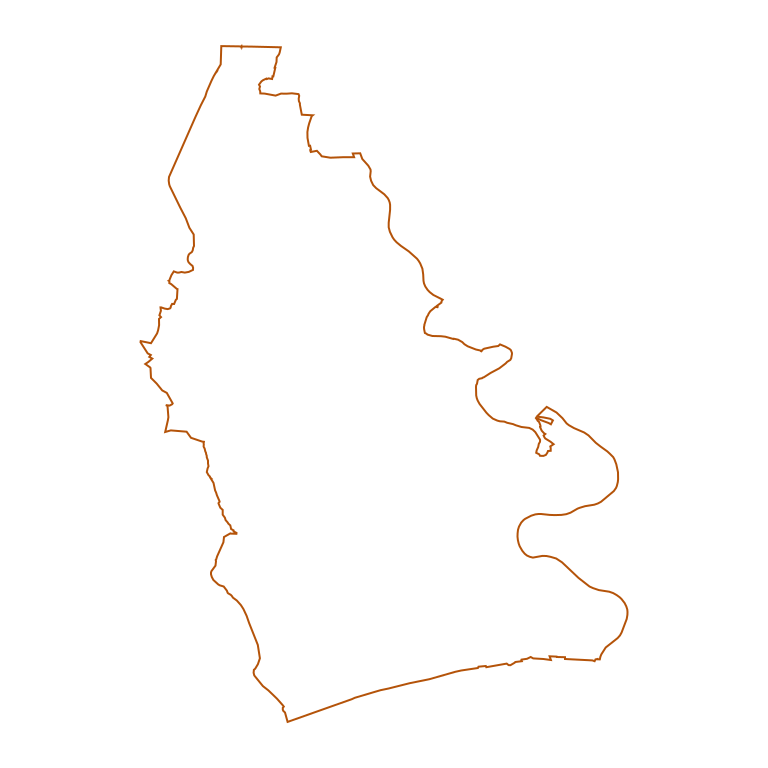 Voorst, Gelderland, Netherlands (Equal Earth projection)
{"feature_id": "6326949B12732314693238", "entity_name": "Voorst", "entity_type": "district", "adm_level": 2, "iso_a3": "NLD", "parent_name": "Netherlands", "parent_adm1": "Gelderland", "projection": "equal_earth", "projection_center": [6.089, 52.237], "detail": "fine", "context": "isolated", "style": "outline", "palette": "amber", "viewbox_px": 768, "rotation_deg": 0, "n_neighbors": 0, "source": "geoboundaries", "source_scale": "gbopen_adm2", "svg_char_len": 6082}
<svg xmlns="http://www.w3.org/2000/svg" viewBox="0 0 768 768"><path d="M360.2,153.3L352.8,153.5L354.1,157.2L343.2,157.2L330.3,157.7L321.7,156.3L320.3,154.4L316.9,150.8L310.8,152.0L310.3,150.7L310.3,149.9L311.0,149.7L310.1,145.7L308.9,145.8L307.5,137.9L307.4,132.0L308.1,127.5L309.2,123.3L311.7,116.1L312.7,115.3L301.8,114.7L299.9,104.8L299.9,103.3L298.9,101.1L298.7,98.7L299.2,95.8L298.5,94.1L291.9,93.3L286.4,93.7L281.0,93.6L275.6,95.6L264.7,93.6L260.3,93.4L260.2,91.3L259.3,89.0L260.0,86.5L259.0,84.7L259.2,84.4L261.4,81.4L263.0,80.2L266.4,78.6L266.8,79.1L268.5,78.4L272.1,79.0L272.5,76.3L273.3,76.4L275.3,67.8L274.6,67.7L276.5,62.0L276.7,57.4L279.0,54.4L279.7,52.4L280.8,47.3L251.3,46.6L241.9,46.5L241.8,46.8L241.6,46.1L241.1,46.7L241.0,46.4L221.3,46.1L220.7,64.4L216.1,72.1L216.5,72.0L216.3,72.3L215.6,73.0L213.8,76.0L211.5,80.7L206.8,91.5L205.3,96.5L200.8,105.3L195.5,116.8L169.0,177.0L168.7,180.7L169.2,184.3L169.8,186.2L180.2,207.5L185.8,218.3L189.4,227.8L193.7,234.5L194.0,246.0L193.2,247.7L192.7,250.4L191.8,252.1L189.5,253.7L188.6,254.9L187.9,257.1L187.7,259.2L187.9,260.7L188.6,262.3L190.4,264.2L192.5,265.9L193.1,267.8L193.0,269.9L188.8,271.9L184.8,272.6L181.4,272.0L178.9,272.6L177.2,272.6L173.8,271.4L171.4,275.2L169.2,280.6L168.8,280.8L169.4,281.2L169.3,283.1L171.2,284.1L176.8,288.9L177.5,289.1L176.9,298.9L175.8,299.9L174.1,304.0L172.1,303.9L170.9,306.1L170.6,307.7L170.0,308.4L167.7,309.1L164.7,308.6L161.2,307.4L160.5,307.4L160.9,310.8L159.4,315.3L161.0,317.1L159.0,318.9L159.1,325.2L158.1,330.3L157.1,333.4L151.0,343.2L140.7,341.1L140.5,342.2L147.7,353.4L150.8,355.0L149.3,356.9L152.3,358.6L148.4,361.9L145.3,364.0L150.1,367.4L150.5,368.0L151.0,377.9L156.7,383.6L162.2,390.4L166.8,392.9L172.7,403.4L172.2,404.2L169.6,405.6L165.8,405.1L167.5,405.9L168.4,417.2L167.9,420.2L165.2,432.0L170.8,430.4L186.6,431.7L191.0,437.8L202.2,441.6L203.9,441.8L203.6,443.5L203.8,444.6L203.6,446.3L203.9,447.3L204.6,448.4L205.3,451.4L206.0,452.9L206.1,454.0L206.7,455.7L206.8,457.4L208.0,460.6L208.0,463.5L208.5,466.2L207.6,468.4L206.8,472.1L208.6,475.3L209.8,476.4L210.4,477.7L210.9,478.2L210.6,478.2L213.5,482.9L215.1,490.4L216.1,492.6L216.9,495.2L219.5,501.2L219.6,501.8L218.6,502.9L218.5,503.4L220.3,507.7L222.7,509.9L222.7,514.7L224.9,517.7L225.6,520.1L227.7,522.5L228.3,523.6L230.3,525.4L231.1,529.0L233.6,530.4L233.6,531.4L236.5,532.9L236.4,533.8L230.6,533.6L230.3,533.4L224.0,537.0L223.4,542.3L217.1,556.4L216.2,559.4L215.7,560.0L216.0,561.2L215.5,565.6L211.4,571.2L211.0,572.6L211.0,574.3L211.8,577.0L213.4,580.0L218.2,584.4L219.7,585.3L223.7,586.5L226.9,590.7L227.6,592.7L228.1,593.3L230.7,594.8L231.7,595.8L233.0,597.7L236.8,600.5L240.9,605.1L243.4,609.0L246.6,615.8L249.1,623.0L257.8,644.9L259.9,658.3L257.9,664.2L255.2,668.7L253.9,669.8L253.6,672.8L254.3,675.5L262.9,686.1L268.4,690.4L276.9,698.6L283.0,705.5L283.8,706.6L282.8,707.8L282.8,709.7L283.3,710.9L285.0,712.5L287.6,721.9L352.0,699.1L354.8,697.8L374.0,692.1L380.5,690.2L388.6,688.5L409.7,683.2L429.4,679.2L455.3,671.8L461.2,670.5L477.9,668.0L478.5,666.7L485.8,666.0L486.3,667.2L506.7,663.6L508.6,665.1L510.4,665.2L514.7,662.7L515.3,662.0L521.8,661.2L521.3,660.1L521.5,659.6L527.0,658.8L530.7,657.0L533.2,658.4L543.4,659.0L550.9,660.0L549.6,656.3L556.6,656.6L556.7,657.0L565.0,657.2L565.0,659.0L592.4,660.4L594.6,661.2L595.5,659.4L597.3,659.0L597.3,659.3L599.8,659.4L600.4,656.7L601.3,654.4L605.7,647.5L617.6,638.1L620.0,635.4L621.6,632.5L626.7,619.0L627.4,614.9L627.5,612.0L627.3,609.6L626.3,606.4L624.6,603.0L621.5,599.0L619.6,597.2L616.7,595.1L613.2,593.1L609.2,591.7L598.9,590.1L593.0,588.1L589.5,586.5L578.5,577.9L562.0,562.3L556.2,558.5L550.4,556.8L546.4,556.0L542.4,555.9L532.9,557.6L529.8,556.8L526.9,555.5L524.7,553.7L522.3,550.8L519.7,546.3L518.7,543.6L517.9,540.2L517.5,536.7L517.6,533.4L518.0,529.8L519.0,526.6L521.2,522.6L523.6,520.0L525.2,518.8L531.2,515.7L535.3,514.4L538.5,514.0L541.1,514.0L549.6,514.9L554.8,515.1L561.4,514.9L566.2,514.2L570.5,512.7L577.6,508.6L579.7,507.8L585.0,506.2L594.3,504.7L597.8,503.5L601.0,501.8L613.8,491.1L616.0,488.0L616.8,486.1L617.8,482.1L618.1,479.3L618.0,472.3L616.3,464.3L614.5,459.5L613.2,457.1L609.9,453.8L607.3,451.4L600.5,446.5L595.8,442.8L588.5,435.4L584.2,432.5L574.0,428.1L568.9,425.2L566.6,423.4L562.5,418.2L556.5,412.5L546.7,406.9L537.4,416.0L539.2,416.9L543.4,417.4L550.3,418.8L552.9,420.4L550.9,424.3L548.6,423.0L540.8,420.1L536.2,417.7L535.9,418.1L537.0,419.5L537.6,420.7L539.1,422.0L540.4,425.4L540.5,426.5L540.0,426.7L540.0,426.9L541.7,430.7L544.0,433.2L545.3,434.0L543.6,435.5L544.5,437.4L545.3,438.5L550.5,441.7L553.6,444.2L550.3,446.4L550.7,448.0L550.7,450.8L548.0,451.0L547.4,452.6L545.9,454.9L543.4,455.9L540.0,455.8L539.2,454.3L536.2,452.8L536.7,450.3L538.2,447.0L538.8,443.9L540.0,441.8L540.1,440.1L539.9,439.4L535.3,432.1L532.7,429.6L529.2,427.9L521.5,427.0L515.9,425.3L513.0,424.1L507.2,422.8L504.3,421.6L499.9,421.3L497.3,420.6L492.8,418.6L488.7,415.1L486.4,412.7L479.6,404.0L477.7,400.6L476.8,398.2L476.2,395.5L476.0,386.9L476.2,385.1L477.0,383.8L477.7,380.0L479.2,378.8L482.1,378.2L482.6,377.7L483.8,377.3L490.5,373.0L499.3,368.3L505.7,363.4L507.1,361.9L510.3,359.9L511.2,358.3L512.0,353.8L511.9,352.7L510.9,350.2L509.6,349.0L505.5,346.7L500.0,344.4L498.3,346.0L493.3,346.7L484.2,348.7L482.6,349.7L481.4,351.3L480.9,351.1L480.8,350.6L475.9,349.5L467.7,346.3L464.4,344.2L462.3,342.1L458.1,339.7L453.7,338.7L453.4,339.0L445.3,336.7L440.9,336.2L432.4,336.0L427.5,334.6L426.3,333.6L424.9,333.0L424.1,329.1L424.0,327.1L424.4,325.3L424.3,325.0L426.7,317.2L428.0,315.2L428.6,313.7L430.3,311.2L435.5,306.9L437.5,307.2L437.7,306.8L437.0,305.8L441.4,302.6L441.5,301.3L442.7,299.7L433.4,295.0L429.7,292.1L427.6,289.9L425.3,286.5L424.0,283.4L423.5,280.8L423.2,274.5L422.4,268.7L420.2,263.4L418.6,260.8L417.0,258.7L408.8,251.4L400.8,245.8L396.6,242.3L394.2,239.7L392.6,237.4L389.9,231.8L388.7,227.3L388.7,222.8L390.1,209.8L390.1,204.8L389.7,202.5L388.9,200.3L387.8,198.2L384.3,194.3L376.2,188.2L373.2,185.1L371.1,180.8L370.1,176.6L370.7,171.2L370.5,169.5L368.3,165.7L362.3,159.0L360.2,153.3Z" fill="none" stroke="#b45309" stroke-width="2"/></svg>